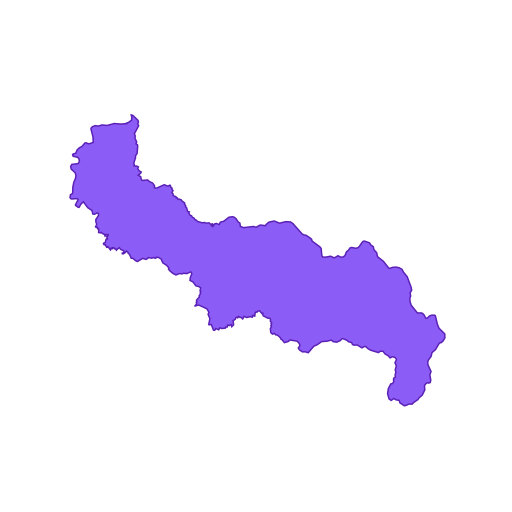 Neira, Caldas, Colombia (Mercator projection), rotated 20°
{"feature_id": "7082276B80634315286729", "entity_name": "Neira", "entity_type": "district", "adm_level": 2, "iso_a3": "COL", "parent_name": "Colombia", "parent_adm1": "Caldas", "projection": "mercator", "projection_center": [-75.515, 5.192], "detail": "fine", "context": "isolated", "style": "filled", "palette": "violet", "viewbox_px": 512, "rotation_deg": 20, "n_neighbors": 0, "source": "geoboundaries", "source_scale": "gbopen_adm2", "svg_char_len": 6081}
<svg xmlns="http://www.w3.org/2000/svg" viewBox="0 0 512 512"><g transform="rotate(20 256 256)"><path d="M429.9,344.8L432.4,345.5L434.4,342.7L436.7,343.3L439.9,342.7L441.5,344.8L446.7,346.0L448.9,344.4L450.0,343.0L453.5,341.7L454.1,340.0L457.3,335.5L457.7,333.6L459.8,329.9L460.4,324.1L458.8,320.5L458.8,319.2L459.9,316.7L461.9,316.3L463.0,315.3L462.7,312.9L460.0,308.2L460.0,304.7L454.6,299.2L453.6,296.6L453.6,294.8L454.9,290.4L454.4,286.6L456.6,282.8L458.1,275.1L459.6,274.1L460.8,272.1L461.5,268.4L460.1,264.7L452.7,261.3L449.8,258.1L444.9,250.7L443.8,250.6L441.3,251.5L439.4,253.2L438.4,255.5L437.5,256.2L436.6,256.2L434.1,253.9L432.3,253.0L431.1,252.9L427.1,254.3L418.7,249.2L416.3,246.1L415.1,243.3L415.0,240.7L413.4,237.9L414.0,235.0L412.7,232.6L405.2,223.8L399.9,220.6L397.8,218.6L394.5,218.1L391.5,218.5L388.5,219.8L385.9,221.9L384.8,221.9L377.5,217.4L370.5,215.1L368.2,211.6L364.6,209.7L363.0,207.1L360.2,206.4L358.2,204.8L352.8,204.9L351.8,205.4L351.0,207.0L349.8,211.8L348.9,213.4L347.2,214.6L342.9,215.3L341.5,216.4L341.0,218.8L339.6,221.1L339.4,225.4L338.0,227.3L335.8,228.1L333.0,227.7L330.2,231.0L326.1,230.7L322.3,233.0L319.0,234.2L317.8,233.2L314.6,226.6L313.0,225.6L303.7,222.8L302.3,221.1L300.0,220.4L296.0,219.4L293.6,219.8L291.6,219.4L279.6,212.9L276.7,212.2L272.1,213.6L266.9,217.1L261.1,216.9L256.5,219.8L254.7,223.0L254.6,224.2L249.3,225.5L246.2,229.0L243.6,229.1L234.6,233.6L231.2,233.5L229.6,230.6L227.5,230.0L224.5,227.8L222.2,227.0L220.4,227.1L217.2,228.9L213.8,234.4L210.9,236.4L210.7,239.0L207.7,239.0L206.3,239.8L205.3,243.1L204.0,242.8L204.8,241.7L204.5,240.8L203.9,240.7L202.7,241.8L200.7,240.9L197.8,242.2L196.1,242.1L194.5,243.1L189.4,243.6L187.6,242.7L186.1,242.7L184.9,241.6L183.0,241.4L181.6,240.2L180.4,240.3L179.1,239.5L178.1,238.4L178.3,237.4L176.4,237.5L174.4,234.5L172.9,233.8L172.8,232.9L171.2,231.8L170.9,230.6L167.0,229.4L166.6,228.8L164.4,228.8L163.4,229.4L162.1,228.3L161.2,228.7L160.5,227.7L157.6,227.6L156.7,225.9L155.3,225.3L155.6,222.9L154.5,222.2L153.7,220.8L152.5,220.6L151.3,218.9L150.5,219.1L149.5,220.5L145.4,220.4L139.5,226.1L137.6,226.6L137.1,226.5L136.6,224.6L133.8,222.8L130.4,222.5L128.2,221.6L123.3,223.9L121.9,223.2L120.6,220.9L117.6,220.4L119.2,217.9L119.4,216.3L117.3,216.0L115.5,214.8L114.9,214.0L115.0,212.5L113.2,212.3L110.7,213.1L110.5,211.8L109.4,210.7L109.2,204.9L108.5,203.2L109.2,200.3L107.2,193.1L106.5,192.0L104.9,191.7L104.8,189.5L102.1,186.9L101.4,184.4L99.9,182.7L101.2,173.7L99.6,172.2L99.8,170.5L98.7,168.9L92.2,166.0L90.5,166.1L92.0,168.5L92.6,170.9L90.5,174.1L88.9,175.4L89.2,175.8L84.0,178.2L77.5,180.0L71.5,184.2L66.5,185.5L63.5,187.8L60.3,188.5L58.1,190.4L57.4,191.8L57.4,193.0L62.0,199.7L64.2,204.9L61.3,207.3L59.8,207.9L57.7,207.7L56.5,208.4L55.0,212.6L53.1,214.6L51.7,217.3L51.4,221.2L49.4,222.5L49.0,223.5L50.0,224.8L54.6,224.3L56.3,225.1L57.6,227.3L57.5,229.3L56.9,230.2L51.6,232.9L51.2,235.3L52.6,237.5L57.6,239.6L59.3,242.1L59.8,244.5L59.6,249.3L60.3,253.8L62.1,259.3L62.1,260.1L60.7,261.9L61.2,264.6L62.1,265.4L63.2,265.5L67.7,263.5L69.3,263.5L69.6,264.0L68.8,269.6L69.2,270.2L71.9,271.0L73.1,270.8L73.7,267.3L75.2,264.1L81.5,268.2L86.2,269.3L88.4,272.4L90.1,271.9L92.0,269.9L93.4,269.8L94.1,271.9L93.0,276.5L93.9,278.8L95.2,280.2L95.5,281.4L95.2,283.4L96.3,283.9L97.2,283.3L98.0,284.6L99.0,284.5L100.1,287.8L102.0,287.4L102.6,286.7L103.9,287.4L106.5,287.6L107.1,288.6L107.9,286.9L108.8,287.3L109.8,286.5L110.1,287.5L108.9,289.0L109.6,289.1L110.5,290.8L109.8,290.8L109.4,291.7L109.7,295.0L108.5,296.0L108.4,296.7L109.5,297.4L110.5,297.0L112.7,298.9L113.3,298.7L113.4,297.9L113.9,298.0L117.2,300.1L117.4,299.2L116.6,298.8L118.3,297.3L118.9,298.7L119.0,297.0L120.3,297.0L121.1,297.7L122.1,297.4L122.8,298.3L124.6,294.9L126.7,296.1L129.8,296.3L130.8,297.5L129.3,299.1L129.7,299.6L130.4,299.5L131.8,297.8L132.5,295.7L133.2,296.1L134.0,295.9L134.9,297.1L136.6,297.7L139.5,300.8L140.9,300.3L144.9,301.7L146.5,301.7L150.4,297.0L153.8,296.8L155.1,295.3L155.0,294.7L155.8,294.1L158.6,293.8L160.6,292.3L162.0,292.7L162.7,292.1L162.9,291.2L165.0,290.7L168.2,291.4L169.1,292.8L170.0,293.1L170.5,294.2L175.4,295.4L178.3,297.1L178.3,298.3L180.1,299.4L183.9,300.8L187.3,301.2L189.9,298.8L192.8,298.0L193.8,297.0L197.0,296.2L199.8,293.5L200.7,293.4L201.7,294.7L201.7,299.0L202.3,301.5L205.6,301.9L209.7,304.6L212.8,304.3L214.9,304.8L215.3,307.7L216.1,308.1L215.9,309.0L216.7,310.1L216.2,313.0L216.8,313.8L215.2,317.8L215.8,318.7L215.7,319.9L216.5,320.5L216.1,323.0L215.4,324.2L218.2,322.1L219.5,321.7L227.8,322.4L231.0,324.9L230.9,327.1L234.1,330.7L235.0,336.6L235.9,336.6L237.4,335.6L241.4,340.2L242.6,339.9L243.1,337.9L246.2,338.1L246.5,335.9L248.8,335.8L251.9,334.2L251.8,333.1L253.2,332.6L253.1,330.5L254.6,330.6L256.1,328.9L257.4,330.7L258.5,328.3L256.6,324.6L258.2,322.5L258.2,320.6L259.3,319.9L260.0,320.3L260.3,318.7L261.8,319.2L263.0,318.8L265.0,319.7L265.5,316.8L268.3,317.0L271.5,314.9L273.4,314.8L273.1,313.5L273.6,312.7L274.5,313.2L275.4,312.9L274.6,309.4L275.4,308.4L276.1,308.5L276.7,307.1L278.0,306.3L281.4,308.1L281.9,307.5L283.1,309.7L288.4,310.4L289.9,309.8L291.3,310.5L291.8,312.4L293.6,313.5L293.3,314.4L294.2,315.7L293.8,316.3L294.7,317.4L294.3,319.3L296.1,322.9L298.3,323.8L299.6,322.4L301.4,323.4L302.8,323.0L304.4,323.4L307.0,324.6L308.0,325.7L309.0,325.7L312.3,327.7L315.6,325.3L316.7,323.3L323.6,322.0L325.9,323.0L327.5,324.4L327.9,325.7L327.2,327.7L327.5,328.3L329.0,329.4L332.5,330.2L334.9,329.2L338.2,329.0L341.2,321.0L343.8,318.5L347.0,314.0L352.0,311.7L354.9,309.7L356.2,309.4L357.9,310.1L361.4,309.3L364.0,306.8L365.2,304.3L365.9,303.9L370.1,304.1L372.1,304.9L375.5,304.7L377.0,306.2L378.4,306.3L381.6,305.0L387.0,306.1L388.7,304.0L390.0,303.6L393.4,304.9L396.0,305.3L404.0,304.9L405.5,302.9L407.9,302.1L410.8,303.9L414.5,304.5L416.5,305.8L417.3,305.6L418.0,304.4L419.0,303.9L421.5,303.9L422.8,304.5L423.4,305.5L423.1,308.9L424.6,310.2L425.6,312.1L425.7,315.2L427.2,317.5L427.4,320.2L428.4,322.1L427.2,323.8L427.7,325.8L428.4,326.5L428.3,327.8L427.7,329.3L426.4,330.1L425.7,335.4L426.7,340.3L429.9,344.8Z" fill="#8b5cf6" stroke="#5b21b6" stroke-width="1.5"/></g></svg>